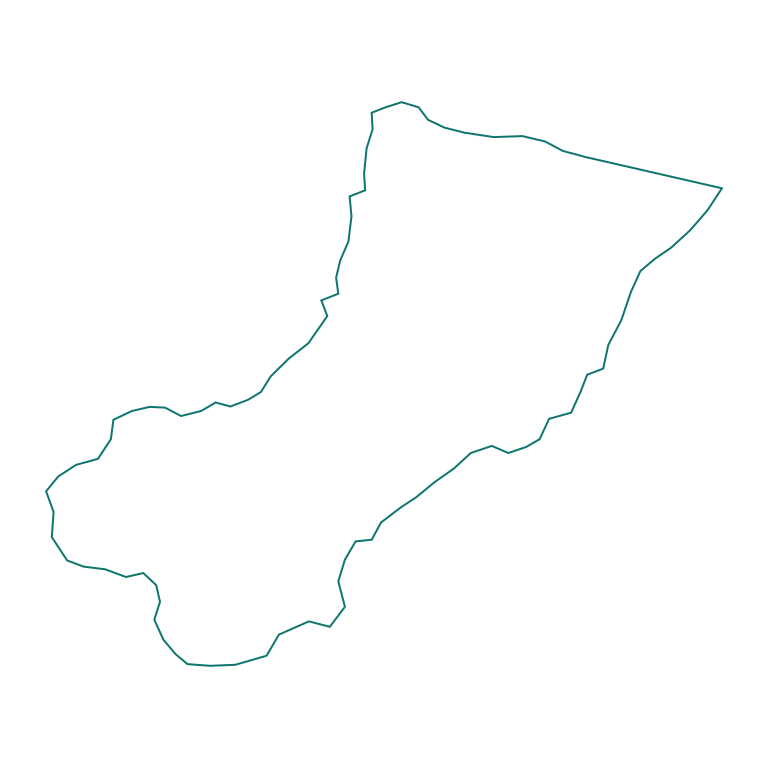 Pracinha, São Paulo, Brazil (orthographic projection)
{"feature_id": "56859067B67467393678264", "entity_name": "Pracinha", "entity_type": "district", "adm_level": 2, "iso_a3": "BRA", "parent_name": "Brazil", "parent_adm1": "São Paulo", "projection": "orthographic", "projection_center": [-51.081, -21.838], "detail": "fine", "context": "isolated", "style": "outline", "palette": "teal", "viewbox_px": 768, "rotation_deg": 0, "n_neighbors": 0, "source": "geoboundaries", "source_scale": "gbopen_adm2", "svg_char_len": 1211}
<svg xmlns="http://www.w3.org/2000/svg" viewBox="0 0 768 768"><path d="M270.7,376.4L260.9,392.0L248.0,399.8L230.4,406.5L215.6,402.5L201.1,411.0L181.0,416.0L165.0,407.6L149.6,406.9L131.9,411.0L113.4,419.8L110.9,439.1L98.0,458.8L76.0,464.9L58.3,476.4L46.1,491.3L53.6,512.0L51.8,537.1L67.2,560.5L83.5,566.6L105.2,569.3L126.0,577.0L143.3,573.0L156.2,585.2L160.0,601.8L154.3,619.7L163.4,639.7L175.4,654.0L187.4,664.1L210.0,665.8L235.2,664.8L266.6,655.7L278.9,634.6L308.8,621.4L329.8,626.8L344.9,606.8L338.3,581.4L344.9,559.7L355.6,541.4L371.7,539.7L381.1,522.4L401.5,506.9L416.0,497.4L434.6,482.1L453.8,468.6L470.8,453.0L491.8,445.9L508.2,453.0L526.4,446.9L539.7,439.1L549.1,418.8L571.1,412.7L580.9,391.0L587.2,374.7L603.2,368.6L608.3,344.9L621.2,320.5L630.9,292.0L640.4,271.0L654.9,258.8L671.2,247.6L690.4,230.0L707.7,210.0L721.9,188.3L585.7,157.1L563.0,151.0L545.1,141.5L522.4,136.1L493.8,137.1L464.5,132.7L444.4,127.6L428.0,119.8L418.6,107.3L401.6,102.2L385.5,107.3L371.7,112.7L372.6,129.3L366.6,148.3L364.1,173.3L365.1,190.3L349.6,196.4L351.5,216.4L348.4,241.5L340.2,260.5L336.1,277.7L338.3,293.7L321.3,300.4L327.3,316.0L308.4,343.2L288.6,358.7L270.7,376.4Z" fill="none" stroke="#0f766e" stroke-width="2"/></svg>